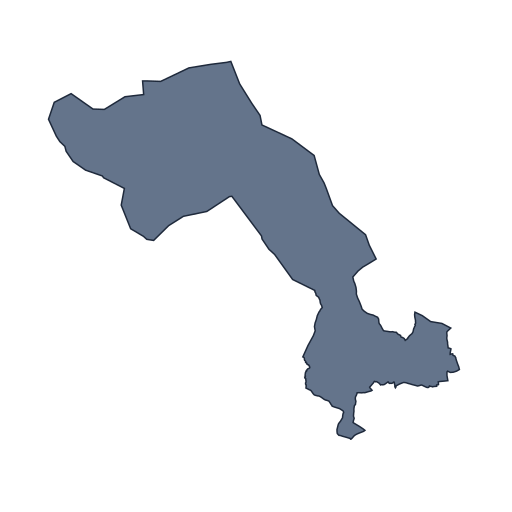 the district of Oyo East, Oyo, Nigeria, rotated 260°
{"feature_id": "59680162B21986463159939", "entity_name": "Oyo East", "entity_type": "district", "adm_level": 2, "iso_a3": "NGA", "parent_name": "Nigeria", "parent_adm1": "Oyo", "projection": "orthographic", "projection_center": [3.95, 7.875], "detail": "fine", "context": "isolated", "style": "filled", "palette": "slate", "viewbox_px": 512, "rotation_deg": 260, "n_neighbors": 0, "source": "geoboundaries", "source_scale": "gbopen_adm2", "svg_char_len": 5960}
<svg xmlns="http://www.w3.org/2000/svg" viewBox="0 0 512 512"><g transform="rotate(260 256 256)"><path d="M426.7,75.4L408.6,80.2L402.7,82.7L397.2,86.8L392.1,87.2L380.8,92.3L370.1,103.1L361.5,118.6L359.5,119.5L345.4,138.1L329.5,132.1L304.6,137.3L294.9,148.6L291.4,151.3L289.1,157.9L301.1,175.3L307.7,191.4L308.4,215.3L319.1,240.1L319.0,242.6L274.8,264.9L271.7,264.9L260.4,269.9L254.3,274.6L226.5,288.0L211.9,307.9L211.5,307.7L211.0,307.9L210.2,307.9L209.0,308.4L206.9,308.4L206.0,309.1L205.3,309.8L204.5,310.5L202.8,310.9L201.5,311.3L199.2,311.2L197.7,311.3L196.1,312.0L195.1,312.1L193.7,312.3L192.6,310.8L191.3,309.6L190.9,309.5L190.0,308.4L186.6,306.0L182.8,304.3L179.8,302.6L176.3,301.3L172.0,301.3L169.2,299.6L167.5,298.6L158.9,291.7L148.5,284.6L147.8,285.6L147.2,285.8L146.6,285.8L145.8,285.7L144.7,285.8L144.0,286.4L143.6,286.6L143.4,286.7L142.9,286.6L142.5,286.4L142.2,286.9L141.6,287.4L141.2,287.3L141.0,287.5L140.9,287.5L140.8,287.4L140.5,287.5L140.1,288.1L139.8,288.3L139.7,288.6L139.7,288.9L139.5,289.0L139.4,288.9L139.2,289.1L138.8,289.1L138.5,289.4L138.2,289.5L137.8,289.5L137.5,289.6L137.1,289.6L136.8,289.6L136.5,289.4L136.3,289.0L136.1,288.7L136.1,288.3L135.9,287.5L135.6,287.0L135.4,286.9L135.2,286.8L135.1,286.4L134.3,286.0L134.1,285.9L133.9,285.8L134.1,285.5L133.6,285.3L133.4,285.0L132.8,284.6L132.7,284.5L132.4,284.4L131.8,284.3L131.2,283.9L130.2,283.8L129.8,283.6L129.5,283.8L129.4,283.8L129.0,283.6L128.8,283.7L128.6,283.6L128.5,283.4L128.3,282.9L128.0,282.9L127.3,283.4L127.1,283.4L126.9,283.2L126.5,283.6L126.4,283.5L126.2,283.6L125.8,283.6L124.9,283.5L124.5,283.6L123.1,283.3L122.7,283.1L122.3,282.7L121.9,282.7L121.1,282.6L120.9,282.8L120.6,282.9L120.4,282.8L120.2,282.8L120.1,283.0L119.5,282.9L118.8,282.8L118.6,282.6L118.3,282.5L117.2,282.3L116.4,283.5L114.9,285.4L114.5,286.2L114.2,286.5L113.7,286.9L111.1,288.1L110.1,288.6L109.2,289.2L108.7,289.9L108.4,290.5L107.5,292.5L107.4,293.1L107.2,293.6L106.4,294.8L105.3,296.0L103.0,298.2L102.1,299.4L101.7,300.4L101.2,301.3L100.6,302.4L100.4,302.6L97.8,303.8L97.4,303.9L96.4,304.3L96.0,304.6L95.3,304.8L94.9,304.9L93.6,307.1L91.3,311.6L91.1,311.9L88.5,314.7L88.0,315.0L87.6,315.1L86.7,315.0L86.4,315.1L86.2,314.9L85.9,314.5L84.4,313.9L83.5,313.6L81.6,313.1L80.8,312.4L80.4,312.0L78.8,310.7L77.2,308.9L76.5,308.2L75.7,307.7L73.7,306.8L71.0,305.6L69.0,305.3L67.3,305.2L66.9,305.3L65.0,306.5L64.9,306.7L64.9,307.1L64.4,308.2L64.0,309.1L63.7,309.4L62.1,312.8L60.0,317.0L59.6,317.2L59.2,317.3L59.1,317.7L59.7,318.7L62.0,321.6L62.7,323.1L63.3,325.1L63.8,327.4L64.5,330.9L64.7,331.7L65.4,333.0L67.2,331.4L70.0,328.5L74.0,323.9L74.9,322.9L75.2,322.7L77.2,323.5L78.9,324.4L79.3,324.5L80.2,324.3L81.0,324.2L82.4,324.4L83.3,324.7L83.9,324.8L86.1,325.5L87.6,325.7L88.6,325.9L91.5,326.9L91.8,327.2L92.2,327.8L92.5,328.1L92.8,328.3L93.8,328.5L95.3,329.1L96.3,329.1L96.8,329.0L97.5,329.0L98.0,329.0L99.4,329.3L99.9,329.5L100.5,329.9L101.5,330.7L101.9,330.9L103.1,331.6L103.7,331.8L103.7,332.1L103.6,333.2L103.4,334.2L102.9,336.2L102.8,338.1L102.5,339.3L102.5,339.8L102.9,343.1L103.0,344.4L103.1,345.6L103.2,346.1L103.6,347.0L104.8,346.3L106.0,345.5L106.9,345.1L107.1,345.1L108.3,346.7L109.9,348.6L110.5,349.4L112.0,350.8L111.8,351.3L111.5,351.7L111.3,352.0L111.4,352.7L111.2,353.1L109.9,354.6L109.4,355.1L108.6,355.6L107.4,356.3L107.5,356.5L107.5,356.9L107.1,358.8L107.2,360.2L108.3,362.5L109.1,364.2L109.0,364.4L107.6,365.0L107.4,365.2L107.3,366.3L107.0,367.6L107.3,368.7L107.9,369.5L107.9,370.0L107.4,370.2L106.1,370.2L104.5,370.3L103.7,370.1L102.9,370.1L102.0,370.4L102.6,371.0L103.5,371.3L103.8,371.5L104.0,372.0L104.9,374.8L105.4,377.0L105.7,378.5L105.8,379.1L105.8,379.7L105.6,380.3L105.1,381.9L104.4,383.1L103.7,384.5L103.4,385.3L102.3,387.4L100.9,390.5L100.0,392.3L99.9,392.8L100.0,394.4L100.2,395.7L100.2,396.5L100.1,396.8L99.4,397.9L98.9,398.5L97.3,400.8L96.8,401.7L96.6,402.7L96.7,403.3L97.0,403.6L97.7,404.0L97.9,404.2L97.6,404.6L97.4,405.2L97.2,405.5L96.9,406.5L96.7,406.9L96.5,407.1L96.4,407.4L96.6,407.7L96.6,408.2L96.5,409.6L96.3,411.2L96.3,411.3L97.6,411.5L97.6,413.2L97.7,413.4L98.2,413.5L99.1,413.5L99.5,413.6L100.4,413.6L100.5,415.1L100.1,420.0L99.9,423.3L105.1,423.3L108.6,423.9L109.3,424.7L107.6,427.1L107.3,430.2L107.8,433.6L108.9,436.6L111.8,436.4L114.7,435.8L118.6,435.2L120.6,435.0L121.0,435.1L121.8,434.8L123.0,434.4L123.9,432.8L125.5,432.7L125.6,431.2L125.4,430.5L125.4,430.1L126.8,430.4L129.7,431.5L130.2,431.7L130.7,431.9L130.9,431.7L131.7,430.3L132.1,429.3L132.9,429.3L134.1,429.4L136.0,429.4L137.9,429.7L141.2,429.5L142.8,429.8L144.3,430.3L147.2,430.5L148.4,431.0L151.2,435.3L157.3,427.4L161.1,416.6L168.4,409.4L173.1,402.8L170.7,402.0L168.3,401.8L165.1,401.9L163.1,401.6L162.2,401.6L161.1,400.6L160.9,400.7L160.5,400.9L160.1,400.9L159.8,400.7L159.1,400.0L158.3,399.6L156.9,398.6L154.1,397.5L152.5,396.2L150.8,393.3L149.7,392.1L149.0,391.3L148.4,391.1L147.0,388.3L148.0,388.0L148.4,387.8L148.9,387.7L149.6,387.0L150.1,386.4L150.4,386.1L150.6,385.5L150.9,384.9L151.2,384.7L151.9,384.6L152.7,384.6L152.8,384.5L153.1,383.9L154.0,382.9L154.0,382.6L154.3,382.3L155.0,381.8L155.5,381.6L156.1,381.1L156.4,381.0L156.6,380.8L156.7,379.9L157.1,378.7L157.7,377.5L157.8,377.1L157.8,376.5L158.0,375.1L158.2,374.5L159.1,371.9L159.3,371.2L160.0,369.2L160.3,368.7L161.1,368.3L163.3,367.5L165.4,366.9L166.8,366.3L167.4,365.9L168.1,365.6L169.4,365.5L172.6,365.8L174.6,365.1L176.0,363.0L177.5,361.1L178.6,358.5L180.2,355.6L182.8,353.0L185.3,351.2L188.0,350.9L193.4,349.8L197.0,348.8L201.1,348.2L203.9,348.8L207.7,349.0L211.9,348.5L214.1,347.9L218.5,347.7L223.5,353.9L226.5,359.1L229.8,367.8L232.2,373.8L247.0,369.4L257.9,367.6L283.6,345.4L292.3,340.1L310.5,336.9L316.2,335.7L325.3,332.5L344.9,330.7L365.1,311.7L384.0,284.6L393.7,284.4L407.0,278.4L428.3,269.8L452.0,265.0L451.8,260.7L452.6,244.8L452.9,222.6L444.5,192.4L447.3,179.2L448.1,174.7L434.5,173.4L435.6,154.6L426.7,132.1L429.0,121.0L448.0,102.1L442.4,84.0L426.7,75.4Z" fill="#64748b" stroke="#1e293b" stroke-width="1.5"/></g></svg>